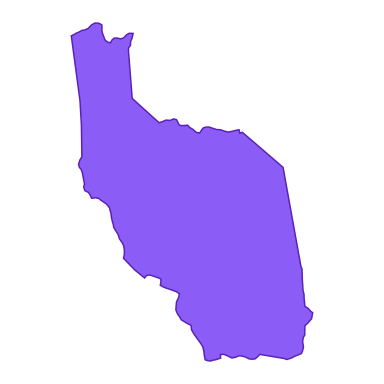 outline of Capela do Alto Alegre, Bahia, Brazil
{"feature_id": "56859067B98354684740696", "entity_name": "Capela do Alto Alegre", "entity_type": "district", "adm_level": 2, "iso_a3": "BRA", "parent_name": "Brazil", "parent_adm1": "Bahia", "projection": "natural_earth1", "projection_center": [-39.84, -11.652], "detail": "fine", "context": "isolated", "style": "filled", "palette": "violet", "viewbox_px": 384, "rotation_deg": 0, "n_neighbors": 0, "source": "geoboundaries", "source_scale": "gbopen_adm2", "svg_char_len": 2257}
<svg xmlns="http://www.w3.org/2000/svg" viewBox="0 0 384 384"><path d="M133.1,33.4L129.2,33.3L126.5,34.8L123.5,38.0L120.5,38.9L117.5,38.1L114.2,38.1L111.9,40.1L110.5,42.8L107.7,42.1L105.0,40.0L104.0,37.2L102.6,33.7L101.9,30.6L102.0,27.7L101.8,24.8L98.7,23.2L95.1,23.0L91.7,24.8L88.3,28.3L85.2,29.9L81.9,30.4L79.1,32.0L76.4,33.1L73.9,34.6L71.3,35.8L80.0,100.8L81.4,124.9L81.9,156.8L79.9,160.0L78.5,164.3L79.4,167.4L81.2,169.5L82.3,172.6L84.5,184.0L83.7,186.7L84.9,190.7L88.4,192.4L90.0,194.8L91.7,198.3L95.3,197.7L98.9,198.5L101.4,200.6L103.6,202.0L106.9,204.4L109.5,207.9L110.2,210.8L111.0,213.5L111.4,217.4L112.4,221.5L113.3,224.6L113.7,227.3L115.9,231.0L118.1,234.5L119.5,238.9L122.2,242.7L123.7,245.9L124.4,250.5L124.3,254.8L123.5,258.3L134.9,270.1L144.6,278.0L146.1,275.8L148.6,275.0L151.6,275.5L154.6,276.6L158.2,277.8L160.9,279.0L160.9,281.9L160.3,285.2L162.7,286.7L165.8,288.0L168.9,289.0L171.5,289.9L174.0,290.8L176.3,291.7L179.4,293.8L178.5,297.8L176.5,301.9L176.1,306.3L175.9,310.0L177.7,314.3L179.5,316.7L181.4,319.9L184.7,321.9L187.5,323.6L191.1,325.3L191.5,329.7L193.8,333.8L195.6,336.3L197.3,338.7L199.2,341.3L201.0,343.8L202.8,346.8L203.8,351.0L204.3,355.3L205.2,359.8L207.9,360.7L210.3,361.0L213.2,360.2L216.1,359.6L220.6,358.1L220.4,354.5L223.9,354.3L228.0,356.1L231.9,358.0L235.7,357.2L239.0,355.8L241.9,356.0L245.4,357.0L249.2,358.9L252.4,359.2L255.3,358.8L257.9,356.4L259.8,354.4L284.2,358.5L286.7,359.5L290.9,358.2L295.0,356.1L298.3,354.9L301.4,353.5L302.6,350.8L303.5,346.8L302.6,341.6L303.3,337.5L304.8,334.9L304.8,330.3L304.9,325.7L307.8,323.1L311.6,318.7L312.7,312.7L310.7,311.3L308.1,308.3L304.9,306.3L304.4,301.1L304.1,298.0L304.0,294.3L303.0,290.4L302.7,284.7L302.4,281.1L302.2,274.8L302.1,272.0L302.0,269.0L300.9,266.3L284.4,174.8L283.1,167.4L242.3,132.3L239.8,133.2L239.0,129.7L236.5,130.2L231.7,131.4L228.0,132.1L224.4,131.1L220.4,129.7L216.9,129.6L213.1,128.4L208.9,127.0L205.7,127.1L203.1,128.0L201.5,130.2L199.6,133.0L196.1,132.3L193.1,129.5L189.6,127.4L187.6,125.2L184.9,125.5L181.6,125.6L179.0,124.8L176.5,119.6L173.6,118.9L170.2,120.4L165.8,120.1L162.6,121.6L159.1,122.7L142.5,107.8L132.2,98.4L128.5,51.3L128.6,47.7L130.4,45.6L130.7,41.2L132.1,38.1L133.1,33.4Z" fill="#8b5cf6" stroke="#5b21b6" stroke-width="1.5"/></svg>